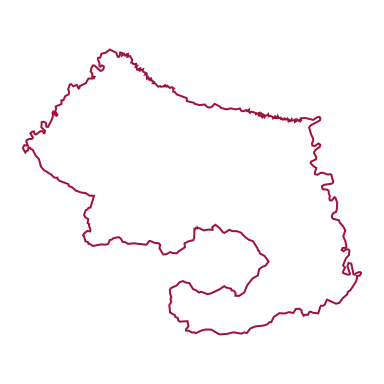 Makhoalipana, Maseru, Lesotho
{"feature_id": "5366337B32036214751587", "entity_name": "Makhoalipana", "entity_type": "district", "adm_level": 2, "iso_a3": "LSO", "parent_name": "Lesotho", "parent_adm1": "Maseru", "projection": "natural_earth1", "projection_center": [28.011, -29.76], "detail": "fine", "context": "isolated", "style": "outline", "palette": "rose", "viewbox_px": 384, "rotation_deg": 0, "n_neighbors": 0, "source": "geoboundaries", "source_scale": "gbopen_adm2", "svg_char_len": 5923}
<svg xmlns="http://www.w3.org/2000/svg" viewBox="0 0 384 384"><path d="M176.9,253.2L178.7,251.3L184.9,247.3L184.5,243.3L189.1,241.1L193.4,240.2L194.2,237.5L194.4,228.8L195.4,229.1L195.9,227.9L196.8,228.1L197.2,227.4L197.8,228.4L199.1,228.1L203.8,230.4L208.1,229.6L212.6,229.8L212.3,227.0L215.4,224.8L219.7,228.1L222.7,232.1L224.4,232.9L229.3,229.8L232.4,231.1L236.9,231.2L241.1,232.7L245.5,237.4L248.6,239.6L253.0,241.3L257.4,248.2L258.3,250.8L259.2,251.1L259.9,253.5L264.5,255.9L268.6,261.6L265.4,265.7L262.4,266.8L259.1,269.2L257.9,275.5L252.6,278.4L247.1,285.4L244.3,292.4L239.3,295.8L235.4,295.8L235.6,293.0L233.8,290.6L231.6,290.4L231.1,288.7L226.0,287.5L224.2,286.2L219.0,289.6L210.3,293.6L207.4,294.1L201.1,291.7L199.0,292.6L196.4,290.5L193.1,289.1L189.3,283.0L185.5,282.5L183.0,281.1L179.6,282.1L176.9,285.4L171.0,288.1L169.8,289.9L170.1,293.5L171.4,297.3L170.4,299.1L171.3,301.7L169.3,305.1L170.1,312.5L175.0,315.3L175.3,316.9L177.9,318.1L178.5,320.8L179.7,321.6L187.5,321.2L188.5,326.3L186.2,328.9L186.0,330.6L188.8,330.7L192.0,332.6L194.2,332.3L195.6,333.2L202.1,330.3L205.7,329.5L211.2,329.6L219.5,334.4L227.0,333.9L233.4,332.3L241.2,333.6L244.2,332.4L246.9,333.0L250.2,328.6L251.6,327.9L255.6,326.4L263.8,325.5L266.8,324.6L269.7,322.1L271.3,322.1L273.8,316.9L279.3,313.2L284.7,313.5L289.1,312.1L292.8,312.9L293.5,312.8L295.8,309.0L299.3,308.7L301.5,310.2L301.6,312.1L303.6,315.8L305.3,314.7L307.9,314.9L309.3,312.1L310.5,311.6L313.0,312.8L318.3,313.4L320.2,306.9L321.0,305.7L323.0,305.8L324.7,304.7L327.0,299.6L336.0,303.7L339.3,302.9L342.5,298.4L347.0,294.6L347.9,291.9L350.2,290.4L352.8,286.6L355.9,281.7L357.2,277.7L356.9,276.0L359.7,275.6L361.0,273.6L360.9,272.5L359.8,272.0L356.6,272.9L354.6,274.7L353.5,274.4L351.3,263.7L348.6,262.9L347.4,266.2L350.0,273.8L349.5,274.5L347.3,274.6L343.2,273.0L342.8,272.2L345.0,267.5L343.0,265.4L346.0,258.2L348.9,255.2L349.4,250.5L348.7,249.5L346.4,249.3L343.5,251.2L341.6,250.0L342.7,247.9L345.6,247.9L346.5,246.9L345.3,240.9L343.3,236.4L345.3,230.5L343.2,226.4L339.8,222.6L339.0,220.4L332.9,218.7L331.9,217.3L332.0,215.5L333.4,213.0L335.8,212.1L336.7,210.1L337.2,202.9L335.5,197.9L334.4,197.2L331.9,200.4L330.0,200.4L329.4,198.7L329.8,195.8L328.8,193.6L328.7,191.0L327.4,189.7L322.6,189.2L321.9,186.2L324.2,184.8L331.6,183.7L333.0,182.6L333.2,180.7L332.0,178.1L331.6,175.2L330.5,174.2L327.7,174.5L322.5,172.7L320.4,173.0L317.5,174.8L315.1,174.2L314.8,172.5L316.3,168.0L313.2,166.0L310.6,163.1L311.2,161.5L315.9,159.4L316.3,157.0L314.1,153.3L314.1,152.0L315.8,149.7L319.7,146.9L320.3,144.8L318.5,143.5L314.8,146.0L312.3,145.5L312.0,143.2L313.2,140.6L313.1,138.4L311.1,134.4L309.1,127.5L310.6,125.4L319.9,120.4L320.4,118.4L319.4,116.9L316.9,117.4L313.2,119.9L305.0,117.9L300.6,118.4L301.1,120.2L300.1,121.5L299.7,121.2L299.9,119.9L298.8,120.8L297.1,119.4L296.8,120.7L295.0,121.9L294.9,119.6L292.9,120.6L292.1,120.5L291.7,119.3L290.9,120.8L288.5,121.5L288.3,120.9L290.1,119.8L288.3,120.0L287.5,118.5L286.1,119.6L284.8,118.5L284.2,119.4L282.8,119.6L282.5,118.7L280.9,119.1L280.6,117.6L278.6,118.0L277.7,116.2L277.1,118.2L274.8,118.0L275.5,116.6L275.0,116.2L273.0,118.3L272.3,116.8L270.5,115.9L268.9,116.3L268.2,114.2L267.2,115.5L265.5,115.4L264.4,117.3L263.6,116.4L263.7,114.9L262.3,114.0L262.9,115.3L262.1,117.1L261.1,115.5L259.0,115.8L258.6,115.2L260.0,113.7L259.3,112.8L256.0,114.1L256.0,113.1L253.6,112.2L251.0,111.7L250.1,112.9L248.8,111.6L249.0,109.7L247.0,111.1L246.0,110.0L243.8,111.3L241.2,110.8L239.9,108.5L235.7,109.4L230.6,108.3L226.8,109.4L220.9,107.9L220.2,106.7L214.7,103.9L211.7,106.9L210.0,107.5L207.4,107.1L204.7,104.5L199.7,105.1L194.9,103.9L193.9,102.8L186.9,101.1L186.7,98.1L176.9,94.5L174.8,92.0L173.3,91.7L173.2,89.1L173.9,88.4L171.8,87.2L169.8,87.9L167.2,85.7L166.7,86.5L166.0,85.9L165.2,86.3L164.9,85.2L163.1,86.5L160.7,86.7L160.2,86.1L158.2,86.7L155.1,83.4L152.9,83.2L153.9,81.7L150.3,80.1L151.4,79.4L151.1,78.4L148.9,79.1L148.4,77.4L147.0,78.6L146.7,74.7L145.2,74.6L146.4,73.3L143.4,71.8L142.6,70.2L142.9,69.3L140.4,70.5L140.3,68.3L138.3,69.3L138.8,70.1L137.0,69.6L136.7,67.5L135.6,67.0L137.1,65.5L135.8,65.2L136.0,63.8L133.4,64.1L132.3,62.7L131.3,62.6L132.3,59.7L129.9,56.0L127.5,56.8L128.1,53.9L126.8,54.1L125.7,55.6L124.8,55.5L124.1,53.8L122.1,55.4L122.3,53.1L120.2,52.5L119.8,55.4L118.9,56.8L117.8,56.9L116.2,52.7L109.8,49.6L105.6,52.7L101.4,53.8L100.2,57.6L98.1,57.8L97.8,58.9L99.4,63.1L99.5,66.4L100.4,66.6L102.0,65.4L103.8,66.4L103.7,68.3L102.5,70.3L100.4,70.9L94.6,65.6L93.0,65.4L91.6,67.4L90.7,71.6L92.3,73.4L92.3,76.5L94.6,76.9L93.7,78.4L88.4,78.6L85.8,83.2L79.7,86.1L79.5,87.9L78.6,88.5L76.7,84.9L73.3,86.3L71.1,84.1L69.9,84.4L68.1,89.2L69.2,92.2L68.7,94.3L65.2,96.2L63.4,100.2L61.4,100.4L61.5,104.0L55.6,106.6L56.2,108.6L55.2,111.3L57.4,114.9L56.3,115.8L55.6,115.4L53.2,111.7L52.6,112.6L52.9,116.4L52.1,118.9L48.0,127.0L46.3,126.6L46.0,123.0L43.5,121.7L41.7,122.1L41.4,127.4L44.9,130.7L44.8,132.6L44.1,133.3L42.3,131.2L40.4,131.2L36.1,134.5L34.5,133.9L34.0,131.4L32.5,131.6L30.4,133.3L33.0,137.6L31.7,139.0L29.0,139.0L26.5,140.3L26.2,141.2L27.9,145.7L24.3,145.2L23.0,147.6L23.3,149.1L25.4,152.6L26.4,151.0L27.7,150.7L28.6,147.9L30.1,147.8L30.6,148.9L32.8,149.9L35.5,155.4L38.9,159.1L40.9,166.5L43.5,169.8L51.7,174.9L53.3,176.8L55.1,177.8L57.4,177.7L57.5,178.9L59.6,180.9L68.3,184.1L68.9,186.0L72.4,187.5L75.6,190.5L81.4,192.6L85.5,193.0L89.4,195.6L94.0,195.8L90.5,207.6L88.5,207.8L87.5,209.4L85.8,210.1L84.0,215.0L85.1,217.0L88.3,219.2L87.6,223.0L89.3,224.2L88.9,225.5L90.5,229.7L90.1,231.4L87.1,231.0L83.9,233.7L83.1,235.5L83.9,236.0L85.5,241.3L88.0,242.2L88.5,243.8L89.2,243.5L92.9,246.0L100.9,244.4L106.1,244.6L108.1,244.0L109.9,240.0L111.9,239.6L113.1,238.3L118.6,237.1L120.8,238.6L122.6,241.8L125.4,242.3L128.1,243.9L133.8,243.3L146.4,244.7L149.2,241.1L150.3,241.0L155.4,243.2L158.2,243.0L160.1,244.6L159.5,248.3L163.1,254.4L166.1,254.3L170.4,252.0L172.6,253.1L176.9,253.2Z" fill="none" stroke="#9f1239" stroke-width="2"/></svg>